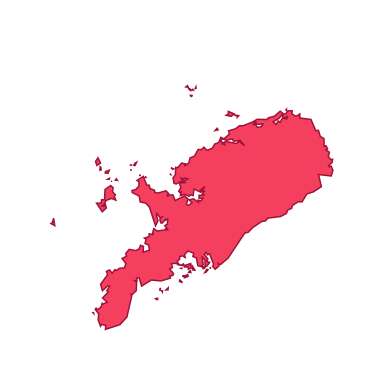 Thames-Coromandel District, Waikato, New Zealand (orthographic projection), rotated 251°
{"feature_id": "76426892B50034078290765", "entity_name": "Thames-Coromandel District", "entity_type": "district", "adm_level": 2, "iso_a3": "NZL", "parent_name": "New Zealand", "parent_adm1": "Waikato", "projection": "orthographic", "projection_center": [175.656, -36.86], "detail": "fine", "context": "isolated", "style": "filled", "palette": "rose", "viewbox_px": 384, "rotation_deg": 251, "n_neighbors": 0, "source": "geoboundaries", "source_scale": "gbopen_adm2", "svg_char_len": 6165}
<svg xmlns="http://www.w3.org/2000/svg" viewBox="0 0 384 384"><g transform="rotate(251 192 192)"><path d="M236.2,313.2L237.5,309.0L235.5,306.4L235.9,303.0L233.0,302.0L231.8,304.7L232.5,306.3L232.2,306.9L230.3,305.4L232.4,301.6L229.2,298.0L231.2,296.6L228.5,293.6L232.0,291.5L233.3,298.1L236.5,303.7L239.7,301.7L236.8,294.6L237.3,288.2L236.1,286.6L239.5,277.3L239.0,274.4L237.2,275.4L235.9,274.1L234.8,275.2L233.3,281.2L231.2,278.8L231.9,274.7L235.6,273.6L235.9,271.8L238.6,274.5L238.0,261.6L239.3,258.7L237.6,253.6L238.0,246.5L234.6,246.3L231.7,239.0L229.7,241.4L229.0,247.5L226.6,247.7L225.1,254.4L218.7,256.7L224.7,252.9L223.4,249.8L228.9,240.2L228.1,238.1L230.7,235.4L232.8,238.6L234.3,237.1L230.0,233.2L230.0,229.2L226.7,225.3L226.5,219.8L230.5,217.8L229.0,214.9L230.2,211.6L225.2,206.1L224.8,201.2L220.5,198.4L219.0,193.2L220.6,195.0L222.8,191.6L219.6,186.4L220.7,184.7L213.6,181.8L211.5,178.7L206.1,177.8L204.7,179.6L205.4,183.4L204.7,186.2L208.6,186.3L206.4,188.1L207.7,189.3L205.7,192.4L205.1,187.2L203.2,188.5L204.6,183.0L199.7,182.9L197.2,179.7L195.5,180.2L195.7,181.8L192.4,179.9L192.3,184.3L189.0,187.8L189.7,190.0L188.2,191.9L194.1,194.9L188.9,200.2L190.9,200.3L193.0,206.0L189.9,202.0L188.4,204.6L189.6,201.8L189.6,201.3L189.3,201.1L188.3,203.0L186.3,200.8L184.9,203.1L186.6,197.5L183.7,196.7L182.6,200.3L180.7,197.6L182.2,195.1L180.1,194.7L185.0,191.3L185.5,186.6L181.9,188.7L180.5,184.4L181.8,182.5L186.8,185.9L190.7,183.7L189.4,173.3L195.5,173.0L196.9,168.0L196.2,168.1L195.5,167.1L197.4,168.1L198.0,169.4L201.6,167.8L202.1,159.4L203.6,156.8L205.9,157.1L208.9,153.5L212.4,153.7L213.2,151.5L222.6,151.0L220.8,143.7L219.0,145.2L215.1,143.9L212.7,139.8L212.9,135.7L211.0,135.3L205.4,140.7L199.5,139.8L196.5,144.7L191.4,146.8L171.9,146.5L175.8,150.4L181.4,150.8L183.1,151.9L178.2,153.4L178.1,155.2L176.9,152.8L173.1,152.4L172.3,153.6L175.3,158.9L174.0,158.0L174.3,160.2L169.6,158.1L169.1,155.3L164.4,156.8L166.5,146.3L169.8,143.9L165.0,140.7L164.8,141.5L164.4,141.1L166.4,137.9L163.8,136.8L163.9,132.0L162.3,133.2L158.6,130.8L155.9,133.7L150.8,132.8L151.0,126.3L156.4,128.4L158.4,126.0L155.4,123.4L154.9,119.8L158.2,114.0L155.5,109.4L152.5,109.0L151.9,104.3L145.8,106.2L142.2,103.3L143.5,98.8L142.4,94.7L143.7,93.9L141.2,90.0L145.2,88.7L144.8,85.2L141.3,85.3L134.5,75.5L127.9,75.2L130.7,81.8L129.6,83.5L126.5,79.3L124.8,80.4L120.9,72.9L115.6,75.9L114.9,71.5L116.0,70.8L112.8,68.5L111.5,64.4L113.4,63.5L112.5,62.3L107.1,64.1L101.6,61.6L94.9,61.8L96.3,63.4L93.8,67.0L90.3,65.4L90.0,80.5L94.9,89.7L113.2,101.1L116.1,101.0L114.1,101.3L116.8,107.1L124.7,110.3L126.9,108.9L126.0,111.1L128.5,111.7L128.2,114.1L119.4,113.7L122.0,124.9L118.0,133.8L117.6,143.5L119.7,143.5L119.4,146.8L120.9,148.0L126.6,145.8L126.9,149.0L131.0,149.2L129.5,154.6L128.1,154.6L124.7,160.7L126.8,160.5L126.2,158.1L128.4,155.6L131.6,155.8L132.5,158.5L134.9,159.3L134.8,162.2L132.3,164.2L135.2,164.6L137.6,169.0L133.5,173.7L130.7,171.8L128.3,174.7L120.4,173.5L117.9,177.3L115.7,177.7L116.2,179.6L119.2,177.3L119.8,179.0L127.1,180.4L123.7,182.2L117.4,180.2L117.1,182.0L119.7,185.8L121.7,183.2L123.4,185.2L129.2,183.4L130.4,185.8L127.6,186.2L127.8,188.5L116.8,188.9L114.9,187.3L111.4,188.8L113.3,193.4L115.9,193.4L114.1,195.3L117.8,204.7L136.0,228.5L135.6,231.9L138.7,238.1L141.4,248.3L140.7,252.2L142.6,255.1L140.0,267.8L141.0,274.2L143.8,276.7L144.1,280.9L146.6,282.6L148.2,289.4L146.8,292.8L152.8,300.0L152.6,306.6L154.9,316.1L167.3,317.3L161.8,328.9L166.6,332.3L171.1,332.0L171.2,330.1L172.3,329.5L174.3,334.1L177.2,335.6L177.6,333.5L181.5,332.5L184.8,334.9L188.3,332.3L188.7,334.2L192.1,333.8L192.2,331.8L199.6,334.2L202.8,331.4L209.2,331.6L209.6,329.0L221.9,328.1L226.9,317.9L230.7,319.4L229.7,315.5L230.8,313.8L233.5,312.0L236.2,313.2ZM226.1,238.5L227.6,236.4L228.0,238.4L226.1,238.5ZM212.5,98.1L202.5,100.7L204.8,105.8L208.5,106.0L207.0,103.9L208.3,102.1L208.5,104.6L212.0,108.0L212.1,113.9L209.1,117.3L213.3,117.1L214.3,118.7L218.1,116.9L221.7,118.8L224.6,117.2L222.7,110.6L213.0,106.7L214.2,104.0L211.1,102.6L212.5,98.1ZM123.5,160.6L122.5,163.8L120.2,163.4L120.6,167.4L118.0,167.4L117.2,169.3L122.8,168.0L123.0,166.5L124.8,167.4L124.9,161.8L123.5,160.6ZM253.4,249.3L250.8,253.6L252.0,257.4L256.4,252.6L254.0,251.8L253.4,249.3ZM252.2,110.7L248.1,110.7L249.1,114.9L255.0,114.2L252.2,110.7ZM208.1,48.4L204.9,51.3L212.2,52.6L208.7,50.1L208.1,48.4ZM238.2,116.1L237.0,118.6L239.5,120.9L239.5,116.9L238.2,116.1ZM113.4,156.9L113.5,160.9L115.4,161.0L114.8,157.0L113.4,156.9ZM111.5,151.0L109.4,153.6L112.8,151.9L111.5,151.0ZM244.1,236.4L242.6,233.9L242.3,236.9L244.1,236.4ZM118.2,164.9L117.9,163.6L117.1,162.7L116.2,164.7L118.2,164.9ZM111.7,177.9L111.7,179.4L113.4,181.8L114.1,180.8L111.7,177.9ZM294.0,222.3L293.4,220.4L292.0,222.6L294.0,222.3ZM242.6,112.0L242.5,113.4L245.2,113.8L245.8,113.4L242.6,112.0ZM107.9,135.5L107.3,137.5L109.2,138.3L107.9,135.5ZM236.2,145.6L235.6,146.8L238.1,149.2L237.7,147.3L236.2,145.6ZM290.1,229.9L288.8,228.7L288.7,229.6L290.1,229.9ZM291.2,222.0L288.2,223.8L288.2,224.8L290.2,223.6L291.2,222.0ZM221.9,180.0L219.7,181.1L219.8,182.2L221.9,180.0ZM111.0,130.2L108.9,129.4L111.5,131.0L111.0,130.2ZM103.0,122.8L101.7,123.6L101.6,124.6L102.7,124.9L103.0,122.8ZM229.1,124.8L228.3,123.4L227.3,125.2L229.1,124.8ZM283.9,222.0L282.6,222.2L282.7,223.2L283.3,223.5L283.9,222.0ZM231.9,118.4L231.5,116.4L230.9,117.9L231.9,118.4ZM115.5,155.3L115.0,156.5L115.6,156.7L115.5,155.3ZM249.3,260.1L248.1,259.4L248.9,260.9L249.3,260.1ZM108.5,131.1L107.1,131.4L108.1,131.9L108.5,131.1ZM250.0,259.3L250.4,257.9L249.4,258.9L250.0,259.3ZM239.4,308.2L239.0,307.5L238.5,307.8L239.4,308.2ZM115.1,185.0L114.2,184.4L114.1,184.7L115.1,185.0ZM221.1,152.5L220.8,153.2L221.4,153.0L221.1,152.5ZM236.8,144.0L237.7,143.0L237.5,142.7L236.8,144.0ZM110.1,59.1L109.2,59.5L110.0,59.6L110.1,59.1ZM224.9,148.3L225.0,147.4L224.6,148.3L224.9,148.3ZM216.6,177.4L215.5,177.3L215.3,177.6L216.6,177.4ZM233.5,141.8L232.7,141.3L232.6,141.5L233.5,141.8ZM123.3,157.6L123.4,156.8L122.9,157.4L123.3,157.6ZM288.8,226.2L288.5,225.7L288.0,226.3L288.8,226.2ZM227.9,119.5L228.5,119.5L228.8,119.3L227.9,119.5ZM166.1,156.1L165.9,155.5L165.4,156.3L166.1,156.1Z" fill="#f43f5e" stroke="#9f1239" stroke-width="1.5"/></g></svg>